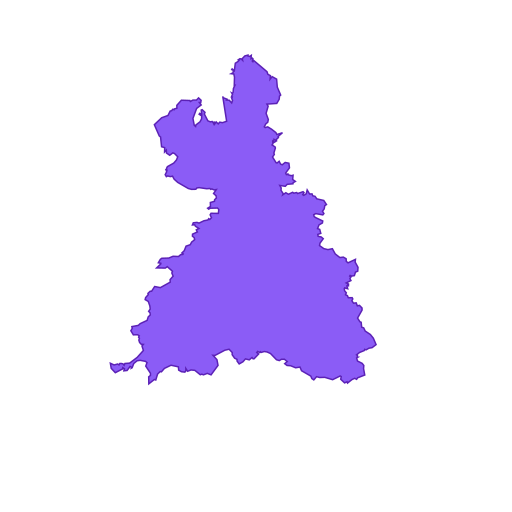 Ayutla, Jalisco, Mexico (Mercator projection), rotated 300°
{"feature_id": "50627088B89309847194921", "entity_name": "Ayutla", "entity_type": "district", "adm_level": 2, "iso_a3": "MEX", "parent_name": "Mexico", "parent_adm1": "Jalisco", "projection": "mercator", "projection_center": [-104.414, 20.041], "detail": "fine", "context": "isolated", "style": "filled", "palette": "violet", "viewbox_px": 512, "rotation_deg": 300, "n_neighbors": 0, "source": "geoboundaries", "source_scale": "gbopen_adm2", "svg_char_len": 6146}
<svg xmlns="http://www.w3.org/2000/svg" viewBox="0 0 512 512"><g transform="rotate(300 256 256)"><path d="M311.6,112.2L311.4,113.8L303.4,119.6L304.2,122.7L300.4,124.8L302.9,125.4L300.4,127.0L300.1,130.9L303.7,132.4L304.0,134.2L302.8,138.6L299.4,139.1L295.3,138.3L289.1,134.6L287.1,134.7L285.9,135.8L285.6,135.0L284.4,136.5L281.0,136.7L279.9,138.7L281.2,139.5L281.9,142.1L283.4,143.8L281.6,146.7L280.6,151.4L280.6,163.6L281.5,166.9L283.7,170.5L285.4,170.8L286.8,172.6L289.6,179.7L291.4,182.3L291.1,183.5L292.0,184.2L292.3,186.7L293.7,188.4L288.9,188.0L288.2,191.3L286.4,192.7L284.1,192.0L282.6,192.7L279.5,189.7L276.1,191.8L273.2,190.2L272.9,191.6L274.5,192.5L278.3,198.7L277.7,200.5L274.1,202.1L270.5,195.7L268.7,195.7L266.9,198.3L264.5,197.7L264.7,196.4L263.1,196.3L260.5,193.3L256.0,190.2L255.6,188.1L253.4,185.1L251.1,185.4L252.4,187.3L251.5,188.6L251.3,192.8L248.8,191.2L247.5,193.2L243.2,190.1L241.4,191.0L241.0,193.3L239.5,194.7L235.9,193.3L232.9,193.4L229.6,190.5L224.7,191.2L221.6,190.3L221.4,191.9L220.8,191.9L219.5,190.1L216.8,189.1L214.3,184.3L210.6,181.5L206.9,175.5L205.2,174.8L201.3,174.8L202.1,177.2L201.5,177.5L196.0,175.9L200.2,183.5L202.4,184.5L201.0,191.3L199.2,191.6L197.1,194.3L192.6,193.4L190.5,194.8L180.8,189.0L178.9,183.5L173.3,183.2L172.6,182.0L169.6,181.1L168.7,182.0L164.8,181.2L162.8,181.8L162.8,185.4L159.7,189.0L157.2,190.9L154.4,190.7L153.8,192.7L152.1,193.9L149.4,193.1L145.8,193.9L139.5,189.5L137.1,188.8L132.8,183.8L131.5,185.0L128.7,185.0L126.4,189.2L128.6,192.8L128.5,194.8L127.0,194.9L126.4,196.2L124.6,196.6L122.9,198.4L122.2,200.6L123.1,202.6L121.1,202.2L117.9,205.7L108.8,203.8L100.0,200.1L97.4,196.2L95.4,196.4L96.1,194.7L95.5,192.9L94.8,191.8L93.2,191.8L93.3,190.2L90.7,187.6L90.3,183.5L86.3,186.8L84.6,192.5L91.6,197.0L92.7,196.5L92.6,198.5L90.5,199.0L92.4,201.6L97.4,202.2L97.4,203.9L96.5,204.1L97.3,204.6L101.8,203.9L105.8,205.4L107.7,207.8L109.5,212.9L109.2,214.9L105.5,215.6L101.7,223.2L99.8,224.3L97.7,223.5L91.7,227.1L98.2,229.7L98.5,231.2L104.6,229.8L108.0,230.8L108.4,232.0L112.9,232.9L118.9,237.0L121.2,244.2L118.5,246.1L118.5,249.3L120.1,253.0L120.1,252.3L121.4,252.7L123.5,251.5L122.0,254.4L124.8,256.7L126.4,260.2L125.3,267.1L126.6,268.2L126.8,269.9L130.0,272.5L130.6,276.5L142.3,277.8L146.7,274.0L148.5,268.4L149.4,270.2L158.8,276.1L161.8,279.3L160.5,283.7L158.6,284.7L156.8,288.6L157.0,291.2L155.5,292.2L154.1,295.4L157.9,297.6L161.6,298.3L162.7,302.1L166.1,303.3L165.5,304.9L166.0,305.7L172.5,307.3L172.8,304.9L174.2,305.1L174.4,307.5L175.3,307.7L175.0,308.6L177.4,310.9L178.4,313.5L178.8,317.3L176.4,325.6L177.1,328.5L179.2,329.6L180.8,332.2L180.2,335.8L177.1,334.7L176.7,337.6L178.3,340.9L179.0,346.2L181.8,349.6L179.4,352.8L179.4,363.5L177.8,365.6L177.6,368.0L181.8,368.8L182.6,371.9L185.3,376.2L187.2,384.2L194.2,388.9L194.2,390.1L191.6,391.0L190.4,396.2L192.6,397.7L191.7,398.8L197.0,400.9L199.4,402.6L199.5,404.8L201.3,404.9L207.3,409.7L212.2,405.5L215.1,404.1L216.1,401.6L215.8,396.4L218.0,394.1L219.4,394.9L219.1,394.2L220.7,393.5L220.7,392.5L224.2,393.9L228.2,397.0L229.5,396.8L229.7,398.2L232.6,399.9L234.7,402.4L239.3,404.3L243.5,398.7L245.2,394.3L245.6,388.1L247.6,385.2L247.2,383.1L251.2,380.2L251.0,378.9L253.0,375.0L262.2,374.9L264.0,373.8L265.0,370.3L263.5,368.7L265.5,366.2L263.9,364.0L265.2,361.4L267.2,361.3L268.0,360.1L266.0,356.8L267.4,355.0L267.2,352.9L269.3,352.6L270.2,350.1L271.8,348.8L272.7,348.7L273.5,351.8L275.6,349.6L276.5,349.8L276.5,350.9L278.0,350.2L277.8,347.6L282.2,350.5L283.4,348.6L285.2,348.7L285.4,347.2L286.2,347.2L286.6,349.1L288.2,351.0L291.8,350.2L293.7,351.7L297.2,350.0L300.3,344.9L302.8,343.8L296.1,339.1L296.5,336.9L298.7,335.4L298.7,332.2L296.6,329.4L297.4,323.6L300.5,318.5L297.5,315.1L296.3,311.1L296.8,305.8L299.1,305.0L304.6,305.6L305.1,302.9L304.1,300.0L305.6,298.7L308.0,300.8L310.9,297.9L310.5,295.6L314.4,295.0L317.8,297.0L319.7,296.3L319.1,288.6L319.2,286.7L320.6,285.3L322.6,286.6L325.0,293.3L326.7,293.6L328.0,291.2L330.9,291.5L334.0,290.4L335.8,291.3L338.0,286.9L335.9,280.1L337.2,277.3L336.5,275.0L337.8,273.5L336.5,271.4L338.8,267.3L335.0,268.4L332.4,267.1L332.5,265.8L334.9,265.9L335.2,264.6L330.9,260.8L331.3,259.5L329.3,257.3L329.5,255.9L325.7,253.2L325.7,250.2L322.4,248.6L323.6,248.4L325.4,244.8L327.5,243.8L329.0,241.3L331.0,246.5L333.7,247.2L337.0,251.9L338.0,251.5L340.3,252.8L340.6,249.5L344.5,247.7L343.2,246.4L342.4,243.1L343.0,242.6L341.7,241.6L342.7,240.2L349.1,240.9L352.8,238.1L351.6,234.5L348.1,233.1L347.9,231.3L349.6,228.7L347.2,227.8L346.8,226.8L350.0,220.8L353.1,221.1L354.1,220.0L359.2,218.8L360.0,218.0L360.2,214.4L361.6,214.5L364.0,212.9L364.7,213.1L363.1,214.7L365.1,215.8L366.1,214.1L366.3,216.0L367.3,215.4L369.8,216.2L370.6,215.4L376.0,217.3L371.6,213.3L372.8,211.6L373.6,206.0L373.7,201.6L371.8,199.7L372.0,198.6L375.2,198.4L377.7,199.3L380.4,198.4L384.6,193.4L391.8,191.6L393.0,189.5L398.5,197.7L403.4,197.7L406.2,196.4L407.7,196.9L412.9,190.0L419.5,185.4L419.4,180.3L416.2,179.8L419.4,178.3L419.3,175.4L421.1,173.4L424.2,156.2L422.7,156.2L422.9,155.4L425.3,154.7L425.5,153.7L424.4,153.0L427.4,151.6L425.7,150.8L425.2,149.0L426.0,148.6L423.7,146.3L420.1,145.4L418.8,146.5L419.3,144.7L418.8,143.4L417.1,142.6L417.2,143.5L415.5,143.2L412.6,141.7L405.6,144.6L406.1,141.8L405.3,141.8L405.5,143.6L403.2,144.5L401.5,143.4L402.5,145.8L400.2,147.9L392.6,152.0L393.1,152.4L389.7,152.7L386.4,154.3L385.0,154.2L385.0,153.6L384.3,154.8L381.4,155.2L381.7,156.0L380.4,156.2L379.0,157.9L376.4,158.4L377.5,155.0L376.3,152.5L377.3,152.5L376.7,148.4L377.6,147.4L358.0,163.2L354.7,160.3L353.8,157.7L351.5,157.2L352.2,154.5L348.1,154.1L351.2,153.6L351.1,152.8L349.7,152.9L350.6,150.8L349.4,149.5L349.0,146.7L353.1,140.3L354.9,140.0L355.8,136.2L355.0,135.6L351.6,138.1L351.4,135.9L350.3,135.9L350.2,137.9L351.2,138.4L347.5,140.3L344.2,140.4L339.4,138.4L338.0,138.9L338.3,137.2L343.6,132.6L354.1,130.8L359.4,133.0L360.6,130.2L361.3,131.4L363.4,130.6L364.2,127.2L361.3,126.5L359.5,123.4L357.0,121.9L357.6,121.0L353.6,113.5L346.9,112.1L344.4,113.6L342.5,111.7L341.7,111.9L341.4,110.5L339.7,110.3L338.6,109.2L333.7,109.5L328.6,105.2L318.9,102.3L311.6,112.2Z" fill="#8b5cf6" stroke="#5b21b6" stroke-width="1.5"/></g></svg>